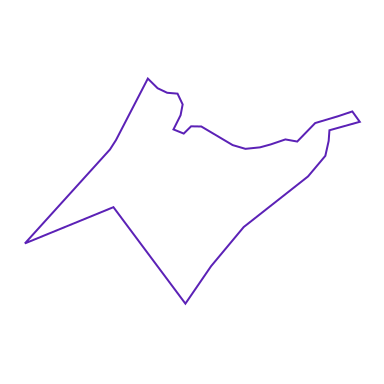 Lucrécia, Rio Grande do Norte, Brazil, rotated 272°
{"feature_id": "56859067B24912804909382", "entity_name": "Lucrécia", "entity_type": "district", "adm_level": 2, "iso_a3": "BRA", "parent_name": "Brazil", "parent_adm1": "Rio Grande do Norte", "projection": "natural_earth1", "projection_center": [-37.811, -6.105], "detail": "fine", "context": "isolated", "style": "outline", "palette": "violet", "viewbox_px": 384, "rotation_deg": 272, "n_neighbors": 0, "source": "geoboundaries", "source_scale": "gbopen_adm2", "svg_char_len": 560}
<svg xmlns="http://www.w3.org/2000/svg" viewBox="0 0 384 384"><g transform="rotate(272 192 192)"><path d="M303.8,143.9L241.2,114.2L231.6,108.5L134.8,26.8L174.1,114.0L147.9,135.0L80.2,189.3L118.6,213.7L158.8,244.9L211.6,307.4L232.8,324.0L247.8,326.8L258.5,327.2L268.0,357.2L278.1,349.4L273.1,336.1L265.2,312.7L246.1,295.4L247.8,283.5L242.3,269.0L239.0,258.4L237.0,243.9L240.3,231.0L257.8,199.0L257.6,188.8L250.1,181.7L253.9,171.3L268.3,177.9L279.2,179.6L289.8,174.1L290.3,163.7L294.5,154.0L303.8,143.9Z" fill="none" stroke="#5b21b6" stroke-width="2"/></g></svg>